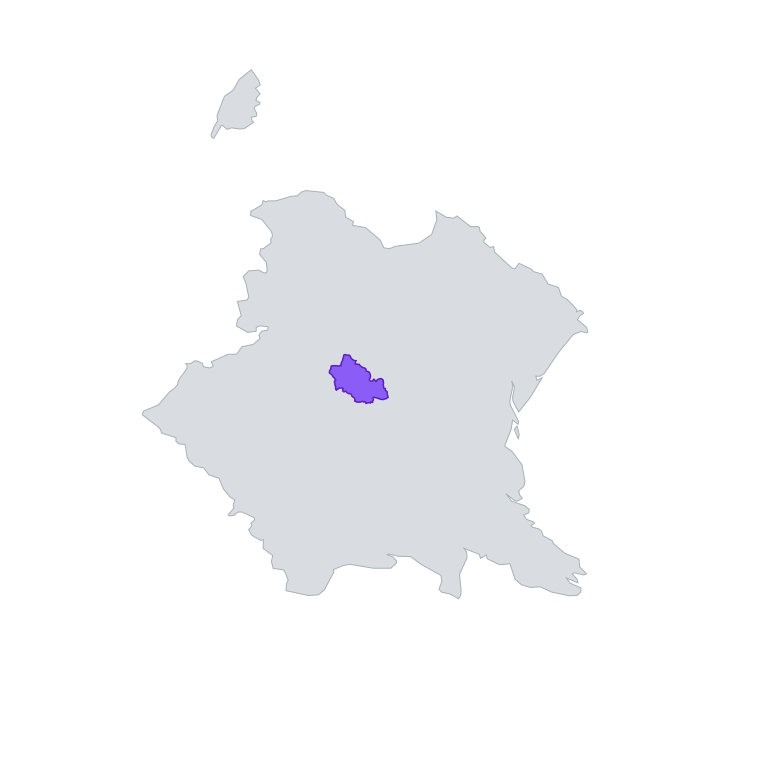 Allier on a map of France (Natural Earth projection), rotated 205°
{"feature_id": "FRA-5264", "entity_name": "Allier", "entity_type": "Metropolitan department", "adm_level": 1, "iso_a3": "FRA", "parent_name": "France", "parent_adm1": "", "projection": "natural_earth1", "projection_center": [3.256, 46.375], "detail": "fine", "context": "in_parent", "style": "filled", "palette": "violet", "viewbox_px": 768, "rotation_deg": 205, "n_neighbors": 0, "source": "natural_earth", "source_scale": "10m", "svg_char_len": 7411}
<svg xmlns="http://www.w3.org/2000/svg" viewBox="0 0 768 768"><g transform="rotate(205 384 384)"><path d="M572.4,318.5L568.0,320.6L565.3,325.0L562.5,326.0L557.3,326.0L554.8,323.3L548.6,325.0L546.2,327.8L549.9,331.2L537.8,345.1L530.1,348.8L528.5,357.8L519.3,364.6L516.0,371.8L515.7,373.2L518.1,375.6L517.1,380.3L512.5,383.3L512.6,386.3L513.9,386.7L521.0,384.3L523.7,381.5L522.2,377.7L529.4,373.1L542.3,374.3L543.9,380.5L542.3,385.6L551.7,396.9L543.7,402.2L543.3,405.7L551.8,417.0L557.0,421.7L554.4,429.3L545.6,434.3L540.0,433.9L537.6,435.1L537.9,437.5L541.9,444.4L551.5,448.9L553.0,454.1L550.4,456.0L546.1,463.9L548.0,467.8L547.3,469.5L548.3,472.2L550.9,474.8L564.2,481.5L576.1,480.3L577.7,484.1L570.5,494.5L571.0,499.2L567.3,499.2L566.7,500.8L559.4,504.3L547.6,514.8L542.1,517.9L539.9,523.2L536.7,526.2L519.6,532.2L516.4,530.8L508.0,531.0L502.8,527.2L492.8,524.8L489.5,519.2L480.2,518.2L479.7,514.5L466.6,517.9L448.2,512.8L441.7,507.4L436.4,508.8L431.7,513.7L411.9,526.4L404.0,539.7L405.5,555.1L410.1,562.7L398.0,561.5L390.8,563.8L388.9,567.1L371.8,563.2L365.5,566.4L363.7,566.2L361.5,563.0L353.1,559.3L354.4,556.7L353.3,554.5L345.4,552.6L342.7,554.9L339.7,550.4L317.7,543.3L314.1,543.5L312.6,550.4L298.4,550.3L296.4,549.0L287.2,550.4L277.5,544.0L266.7,545.2L260.1,538.5L253.6,538.0L244.6,534.6L240.5,532.8L240.0,530.8L237.2,533.8L233.8,533.2L233.1,532.2L235.4,528.5L235.9,524.2L224.6,521.0L221.6,517.9L221.6,516.3L227.8,514.8L233.4,508.8L239.0,487.1L243.2,461.5L246.1,456.7L249.7,455.4L246.9,451.9L243.3,456.5L245.9,433.0L250.2,415.5L259.6,422.7L261.7,425.8L264.4,436.3L269.6,440.7L266.3,436.4L263.0,422.5L261.0,418.6L246.1,406.9L245.6,404.2L252.2,405.7L249.7,397.0L248.4,378.7L239.3,376.9L224.9,369.2L215.1,355.3L214.1,350.1L216.8,344.6L214.6,341.1L210.4,338.7L213.8,334.0L216.8,333.5L227.2,336.2L218.7,331.7L204.8,333.2L199.3,331.7L198.4,328.4L202.2,324.2L197.6,321.6L189.7,322.2L188.7,321.1L191.1,318.1L189.2,317.0L182.6,318.1L179.0,317.2L175.6,313.7L165.1,313.0L162.8,311.0L148.5,307.0L133.3,307.7L129.3,300.9L120.2,297.6L122.1,295.4L131.4,293.4L133.2,291.5L126.6,288.7L124.3,285.8L136.7,285.2L131.2,282.2L119.2,282.4L117.8,278.3L119.5,274.2L126.5,270.4L144.0,266.3L156.6,266.2L165.6,261.4L174.4,260.1L182.7,262.4L193.8,274.3L202.9,269.1L216.4,269.2L219.1,272.2L222.8,266.8L225.7,269.9L242.1,268.9L238.3,266.8L235.3,261.7L235.1,243.2L227.0,229.8L225.1,225.0L225.7,220.8L235.4,221.6L243.5,219.7L247.4,221.0L248.2,229.6L251.5,234.6L274.0,236.2L287.0,238.8L298.0,234.0L308.3,231.8L309.1,230.6L303.2,231.1L297.8,229.0L297.1,226.7L300.0,219.9L315.8,212.5L338.7,206.2L344.6,202.0L351.4,194.4L349.9,192.5L351.1,171.9L354.5,165.1L363.2,160.3L385.4,155.3L388.1,161.9L387.9,165.6L393.8,171.3L396.7,173.1L406.4,170.0L411.0,175.4L412.4,181.5L424.1,184.0L427.5,191.9L429.6,190.2L436.9,190.6L440.3,191.2L445.1,194.7L443.7,199.5L445.8,201.8L443.8,206.1L445.2,208.0L458.6,208.0L462.6,206.0L464.4,201.6L468.5,199.0L470.0,199.8L467.5,208.0L469.4,210.1L470.4,216.0L475.5,216.4L485.4,221.1L493.8,228.9L504.1,227.6L512.2,231.9L520.6,229.6L528.5,232.0L531.3,234.3L538.8,245.2L544.5,243.0L548.5,244.3L549.8,247.4L564.9,245.6L567.7,248.6L570.9,249.8L590.1,253.9L590.4,258.0L579.6,269.7L575.0,286.3L571.9,292.1L570.8,296.4L571.7,299.3L571.3,303.8L569.1,314.7L570.5,317.9L572.4,318.5ZM646.8,544.9L646.0,551.9L648.8,556.9L650.2,577.1L644.8,586.8L644.0,598.6L637.2,612.7L626.0,606.4L622.6,602.9L625.5,597.6L619.0,594.7L620.5,589.5L619.7,586.9L615.2,586.6L614.9,585.2L618.2,581.2L618.1,578.7L613.7,575.6L612.8,572.9L616.9,569.7L615.0,566.9L612.7,566.2L618.1,557.1L621.9,554.3L630.5,551.7L633.9,548.4L639.6,550.2L640.6,549.3L642.1,534.8L644.1,534.6L646.0,536.5L646.8,544.9ZM246.9,398.0L245.5,402.1L239.9,395.0L239.2,391.1L246.9,398.0Z" fill="#d9dde1" stroke="#a8b0b8" stroke-width="1"/><path d="M402.9,388.6L401.7,388.0L400.4,386.7L399.4,385.2L399.1,383.7L399.2,382.1L398.9,381.5L398.2,381.1L397.5,381.0L396.8,381.2L396.1,381.5L395.5,382.0L395.5,382.6L395.5,383.3L395.4,383.9L394.8,384.1L392.8,383.0L392.3,382.9L392.0,383.3L392.0,383.8L392.0,384.4L391.9,384.9L391.6,385.4L390.3,386.9L389.3,387.5L388.2,387.7L387.1,387.4L386.2,387.0L385.9,386.3L385.1,385.2L384.9,384.7L384.7,384.3L384.5,383.3L384.2,382.8L382.7,380.6L382.3,380.2L381.8,380.1L381.5,380.2L381.1,380.5L380.9,380.5L380.7,380.1L380.6,379.8L380.4,379.3L380.2,379.0L379.9,378.8L378.8,378.6L378.1,378.4L377.8,378.2L377.5,377.9L377.2,377.1L377.1,376.6L376.9,376.1L375.9,375.3L374.6,373.6L375.6,372.2L375.8,371.6L376.0,371.4L376.3,371.2L376.6,371.1L376.9,371.0L377.2,370.6L377.8,369.8L380.0,368.8L380.8,368.7L381.3,368.6L381.7,368.7L382.1,368.7L383.1,368.4L384.8,368.3L388.0,367.5L388.1,367.4L388.1,367.2L388.1,366.8L388.0,366.6L387.9,366.3L387.7,366.0L387.1,365.4L386.9,365.1L386.8,364.8L386.9,364.5L387.2,364.0L387.2,363.8L387.1,363.6L386.7,363.0L386.6,362.8L386.6,362.5L386.8,362.3L387.0,362.3L387.8,362.3L388.2,362.3L388.4,362.0L388.3,361.4L388.3,361.1L388.5,360.9L389.4,360.9L390.1,360.5L391.2,359.6L391.8,359.0L392.0,358.8L392.3,358.9L392.4,359.1L392.6,359.4L393.9,359.8L394.2,359.8L394.7,359.2L395.1,359.0L395.5,359.1L395.9,359.2L396.3,359.2L396.7,358.9L396.9,358.6L397.2,358.1L397.4,357.9L399.7,356.5L401.4,356.1L402.4,356.2L403.4,356.2L403.4,356.6L403.4,356.8L403.4,357.1L403.5,357.2L403.7,357.5L404.2,358.1L404.9,358.6L405.6,358.9L405.9,359.1L406.1,359.2L406.3,359.2L406.6,359.1L407.1,359.1L407.7,359.3L408.2,359.6L409.1,360.6L409.5,360.9L409.8,361.0L410.3,361.0L411.8,360.4L412.2,360.3L412.8,360.3L413.9,360.5L414.4,360.7L415.2,361.1L415.5,361.2L415.9,361.1L416.3,360.8L416.7,360.2L417.0,360.0L417.4,359.9L418.3,360.2L418.5,360.4L418.8,361.1L419.0,361.3L419.2,361.6L419.2,361.9L419.2,362.2L419.2,362.5L419.3,362.7L419.7,362.8L420.2,362.8L420.6,362.6L422.2,361.7L422.6,361.6L423.0,361.3L423.1,360.8L423.2,360.5L423.3,360.1L423.7,359.9L424.1,359.7L424.3,359.3L424.3,358.9L424.3,358.6L424.4,358.4L425.4,358.6L426.3,360.1L426.4,360.4L426.6,360.9L426.6,361.1L427.1,361.5L427.6,362.2L427.8,362.2L428.0,362.3L428.1,362.5L428.3,362.7L428.5,363.3L429.1,364.1L429.5,364.3L429.8,364.7L429.9,365.5L429.9,366.7L429.8,366.9L429.7,367.2L429.6,367.4L429.7,367.5L430.0,367.7L430.6,367.9L430.7,368.0L431.0,368.2L431.2,368.3L431.6,368.4L431.8,368.5L432.0,368.7L432.1,368.8L432.3,368.8L432.8,368.8L433.0,368.8L433.4,369.0L433.8,369.4L434.3,369.7L434.4,369.8L434.5,370.0L434.8,370.2L435.9,370.5L437.0,370.6L437.4,370.7L437.8,371.0L438.3,371.2L438.4,371.3L438.5,371.4L438.5,371.6L438.6,372.0L438.6,372.3L438.7,372.5L438.8,372.7L438.8,372.9L438.9,373.1L438.9,373.3L438.9,373.5L438.6,374.8L438.6,375.1L438.6,375.4L438.7,375.5L438.8,375.6L438.8,375.8L438.9,376.2L438.8,376.4L438.8,376.6L438.9,376.8L438.9,377.0L439.0,377.1L439.2,377.3L439.3,377.4L439.4,377.5L439.4,377.8L439.3,378.0L438.9,378.4L438.6,378.7L435.1,380.4L432.7,381.1L432.4,381.3L432.2,381.5L431.8,381.9L431.5,382.1L430.9,382.4L430.7,382.6L430.7,383.0L430.9,383.2L431.0,383.3L431.3,383.6L431.4,383.8L431.4,384.5L431.5,384.9L431.6,385.3L431.7,385.8L431.7,386.3L431.5,387.2L431.5,387.8L431.6,388.3L432.0,389.6L432.1,390.4L432.2,391.7L432.3,392.0L432.4,392.4L432.5,392.7L432.6,393.0L432.6,393.4L432.3,393.8L431.9,394.1L431.2,394.4L428.9,394.8L427.5,395.5L426.6,395.1L424.9,393.7L424.0,393.2L421.6,392.7L420.4,392.8L419.2,393.3L419.3,392.5L418.5,390.0L414.6,391.3L413.9,390.7L410.9,390.0L407.7,390.3L407.0,390.1L406.5,389.6L405.6,388.2L405.1,388.2L403.6,388.6L402.9,388.6Z" fill="#8b5cf6" stroke="#5b21b6" stroke-width="1.5"/></g></svg>